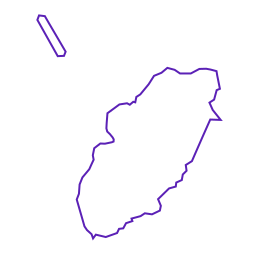 Merizo, Guam (Natural Earth projection), rotated 91°
{"feature_id": "77769853B7245743220793", "entity_name": "Merizo", "entity_type": "district", "adm_level": 2, "iso_a3": "GUM", "parent_name": "Guam", "parent_adm1": "", "projection": "natural_earth1", "projection_center": [144.684, 13.261], "detail": "fine", "context": "isolated", "style": "outline", "palette": "violet", "viewbox_px": 256, "rotation_deg": 91, "n_neighbors": 0, "source": "geoboundaries", "source_scale": "gbopen_adm2", "svg_char_len": 1139}
<svg xmlns="http://www.w3.org/2000/svg" viewBox="0 0 256 256"><g transform="rotate(91 128 128)"><path d="M160.0,63.5L149.4,59.1L135.3,53.2L118.1,45.9L118.3,35.5L108.5,43.6L101.2,47.0L98.1,42.4L88.6,40.0L87.2,36.8L74.0,39.7L69.6,40.5L68.1,46.6L67.4,50.9L67.7,57.7L72.4,66.2L72.6,76.9L69.0,82.4L67.2,89.7L72.2,95.5L75.4,102.9L83.9,108.1L94.2,116.3L96.8,120.2L102.2,121.2L101.7,123.2L104.7,126.6L103.3,129.4L104.6,137.0L113.6,148.8L123.3,149.4L128.7,149.6L131.9,148.7L134.4,146.0L137.7,143.2L139.6,142.1L141.8,142.2L142.5,143.8L144.1,150.8L144.0,155.4L148.8,161.4L155.9,162.7L160.3,161.8L165.0,163.9L169.9,166.0L178.2,172.7L185.3,175.4L194.6,175.9L200.4,178.0L227.1,169.8L230.8,167.2L234.8,162.6L239.0,161.0L235.2,158.3L237.4,148.3L233.2,137.1L229.0,135.2L228.4,131.0L223.2,128.3L221.0,122.0L218.5,122.9L215.9,113.9L213.0,109.7L213.9,102.5L210.0,94.7L205.2,93.8L198.6,96.7L187.7,85.9L185.7,79.2L181.7,78.8L179.1,73.3L173.5,72.4L169.7,68.7L164.0,69.6L160.0,63.5ZM17.6,213.1L17.0,218.9L21.5,220.5L39.8,209.8L57.4,199.5L57.3,198.4L57.0,193.3L52.8,191.7L44.4,196.8L24.4,209.0L17.6,213.1Z" fill="none" stroke="#5b21b6" stroke-width="2"/></g></svg>